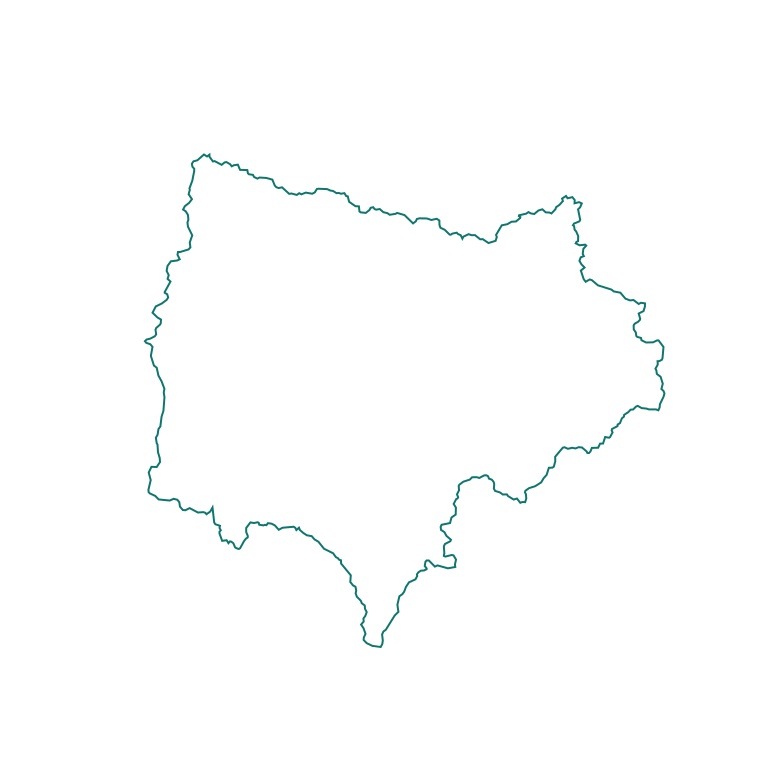 Khun Yuam, Mae Hong Son, Thailand (Mercator projection), rotated 113°
{"feature_id": "78962969B960185402947", "entity_name": "Khun Yuam", "entity_type": "district", "adm_level": 2, "iso_a3": "THA", "parent_name": "Thailand", "parent_adm1": "Mae Hong Son", "projection": "mercator", "projection_center": [97.886, 18.842], "detail": "fine", "context": "isolated", "style": "outline", "palette": "teal", "viewbox_px": 768, "rotation_deg": 113, "n_neighbors": 0, "source": "geoboundaries", "source_scale": "gbopen_adm2", "svg_char_len": 6166}
<svg xmlns="http://www.w3.org/2000/svg" viewBox="0 0 768 768"><g transform="rotate(113 384 384)"><path d="M627.4,284.3L623.8,284.0L620.5,284.9L615.3,287.9L612.0,287.8L609.6,286.3L592.9,283.7L588.1,281.7L582.0,285.4L573.4,286.9L570.1,284.9L567.3,284.3L562.2,284.5L556.8,283.5L551.5,278.7L547.8,278.4L546.4,279.3L543.9,278.8L541.3,277.0L540.1,274.4L537.9,272.4L537.1,272.7L535.6,275.4L531.3,276.4L529.8,275.8L528.9,273.8L532.2,265.8L530.1,263.9L528.7,253.2L524.6,246.9L522.3,248.2L517.5,249.1L514.6,253.0L514.9,254.8L518.9,260.1L518.9,261.7L516.1,262.4L510.0,265.5L507.5,265.4L502.8,261.5L501.2,261.5L499.4,267.2L496.8,270.4L496.0,274.5L493.4,276.0L491.1,276.0L486.2,268.9L480.5,269.7L476.2,267.0L469.7,269.5L467.2,273.0L461.9,272.6L460.6,271.6L459.2,271.5L457.1,273.7L452.5,273.4L448.7,275.4L447.2,275.3L442.9,272.8L438.5,267.7L435.4,266.4L433.6,262.4L433.2,259.5L428.9,256.0L428.0,254.0L428.3,252.1L430.1,250.4L429.9,247.5L431.2,244.9L433.1,243.4L437.4,242.0L439.0,239.9L438.5,235.1L439.3,231.4L437.6,227.8L438.7,226.0L439.7,219.5L437.5,216.9L440.1,212.1L438.6,210.6L437.6,207.9L433.8,208.3L430.0,210.3L428.7,211.9L426.9,212.1L423.1,209.7L419.0,204.9L413.2,200.9L408.2,200.2L404.1,198.8L396.7,199.5L395.2,196.3L393.8,195.4L388.3,196.1L384.1,198.0L372.7,194.5L371.7,193.1L371.8,189.4L369.2,185.9L368.5,182.6L366.1,180.1L365.1,177.0L366.9,171.1L368.0,169.9L367.4,168.3L365.5,167.6L361.6,167.7L359.0,162.0L354.5,161.8L353.2,159.1L346.4,159.7L345.5,155.8L344.7,155.2L339.2,154.7L337.8,156.3L336.3,156.5L331.5,152.6L330.0,153.1L327.9,151.5L322.7,151.6L320.3,150.4L318.5,150.9L314.6,148.2L311.3,147.0L310.1,144.7L306.3,143.2L305.0,141.9L305.5,137.4L304.0,132.5L303.9,130.2L301.1,123.7L301.0,121.2L297.9,121.1L294.8,122.1L286.5,121.7L283.0,122.2L281.2,124.0L280.2,126.7L274.8,127.5L269.3,132.2L268.1,136.8L264.9,138.7L263.9,140.1L259.1,139.6L256.1,141.1L255.4,139.5L253.1,137.7L251.5,137.7L240.7,141.2L236.6,148.3L237.2,149.7L240.5,152.6L243.4,159.0L243.1,164.1L241.2,165.4L241.7,169.3L241.1,170.6L238.2,172.3L236.2,175.4L232.5,177.1L230.6,176.8L227.4,174.4L225.0,173.5L223.8,173.7L219.6,177.1L215.5,173.6L210.6,174.1L207.8,175.3L208.9,179.3L210.8,180.8L209.2,187.2L210.9,190.1L211.1,195.1L207.6,202.1L209.0,208.7L208.2,211.5L209.6,225.6L207.2,233.2L207.4,235.5L211.1,238.3L209.4,241.2L202.7,247.1L198.4,244.9L196.7,249.0L194.3,252.2L190.5,252.4L188.2,250.0L186.6,251.9L181.7,253.3L177.6,251.9L177.1,253.2L179.9,258.2L179.6,262.5L177.9,262.3L176.7,261.2L172.0,263.0L168.5,266.7L167.4,268.9L164.4,270.7L164.0,272.1L162.1,271.8L158.0,267.7L156.3,267.5L147.4,273.6L144.7,272.5L140.5,272.5L140.4,275.5L143.2,279.2L140.2,280.3L138.4,283.6L141.3,287.6L139.8,289.9L143.7,292.5L145.7,290.8L150.6,292.5L153.9,294.6L156.2,294.5L161.6,296.5L161.5,298.6L162.8,302.2L161.3,306.5L164.0,309.7L168.8,312.1L169.6,315.5L169.3,318.2L171.7,319.7L175.9,325.6L176.7,325.5L177.0,323.7L177.9,323.5L182.8,326.0L184.8,330.0L188.7,332.9L191.9,337.6L203.0,339.1L204.6,337.6L208.6,337.2L213.4,342.9L212.1,349.7L213.2,352.0L211.4,358.4L212.8,361.5L213.0,364.6L217.3,368.5L219.6,368.6L217.0,371.6L217.1,374.4L216.3,376.2L218.9,379.9L220.5,380.9L220.8,382.0L218.3,388.4L218.1,393.1L215.9,395.1L211.9,396.9L211.3,400.0L214.5,404.5L214.9,409.3L217.7,416.2L219.3,418.2L221.8,418.3L224.8,420.0L220.5,431.1L221.4,438.8L222.8,439.8L226.0,444.9L225.4,447.6L226.1,451.7L224.6,456.3L226.5,459.2L226.7,460.9L225.5,463.0L227.0,465.1L229.6,465.4L233.6,467.6L235.1,472.5L234.8,474.0L230.3,476.5L231.5,479.8L229.9,487.3L225.4,490.7L225.8,492.2L223.8,495.0L225.7,498.0L225.8,500.4L226.9,502.2L226.2,506.4L226.9,509.0L226.8,512.4L229.9,520.7L230.8,522.0L234.7,522.6L236.9,524.4L238.4,530.8L241.7,534.2L241.5,536.6L244.0,538.1L244.8,543.6L246.0,545.6L242.8,554.7L244.8,557.6L244.9,560.1L243.9,562.2L239.5,566.6L240.3,572.8L242.6,579.3L244.4,580.8L244.2,584.5L242.7,586.3L243.7,590.3L243.2,591.6L240.5,593.4L243.1,600.2L239.2,604.2L241.2,607.6L243.1,609.2L241.8,611.6L241.3,615.8L242.3,617.3L245.7,619.1L245.0,626.9L246.0,628.4L243.0,633.4L241.1,634.3L243.7,635.8L243.1,639.4L251.0,643.2L253.5,646.4L256.4,646.9L258.9,645.2L260.0,642.8L262.2,641.9L271.7,639.9L280.0,639.5L281.1,638.6L285.6,638.0L288.9,633.0L293.5,634.2L298.2,636.8L301.9,637.1L302.5,634.0L304.9,630.6L309.1,628.3L312.2,628.0L315.8,625.9L322.1,618.6L329.6,618.1L333.9,615.6L336.5,616.5L342.1,623.2L343.0,625.2L345.7,624.6L349.0,620.8L351.1,622.6L354.3,628.1L359.9,629.4L364.8,628.3L367.9,624.7L371.8,624.3L373.1,620.6L385.1,621.8L385.7,621.5L386.1,618.6L388.7,616.5L391.4,616.9L396.6,619.9L401.8,624.4L408.8,624.9L411.3,618.5L411.8,614.5L415.1,613.3L416.7,613.3L421.5,615.6L423.4,615.5L427.3,613.1L429.6,613.6L433.7,617.0L435.8,619.9L438.0,620.8L439.0,618.9L438.7,614.6L440.3,611.6L449.2,609.6L456.9,603.0L457.8,599.6L464.3,595.0L468.6,589.6L474.3,584.2L477.7,583.5L482.0,580.9L495.1,576.5L500.9,576.0L510.4,573.3L513.7,574.0L519.1,572.6L522.6,573.0L527.3,570.1L528.3,568.8L535.1,565.4L539.8,561.5L543.4,559.7L549.2,560.8L551.1,565.7L557.4,566.0L563.6,561.2L573.5,559.5L575.5,558.4L576.2,556.8L576.4,550.8L578.3,546.3L575.0,535.7L571.9,532.8L571.3,529.1L572.7,526.3L576.6,523.9L578.6,519.9L577.8,517.5L574.2,514.4L575.0,505.1L572.5,500.1L572.4,498.1L573.2,496.5L569.3,494.1L564.7,493.6L577.8,486.2L579.0,484.4L578.6,479.6L580.7,479.2L582.4,477.1L584.3,477.7L585.8,477.1L591.6,471.7L589.3,467.8L591.3,465.0L589.1,464.3L588.8,463.1L589.4,460.5L592.6,457.2L592.8,454.4L592.5,453.1L591.4,452.3L583.6,451.5L580.3,450.7L578.5,449.5L577.1,450.0L574.1,453.0L570.4,454.6L563.6,452.9L562.8,449.4L560.6,446.2L560.7,445.1L562.3,443.8L561.2,439.6L560.2,438.7L559.9,437.1L557.4,436.4L556.5,432.9L556.8,429.2L559.3,423.9L556.0,421.3L550.7,411.4L551.0,409.5L552.7,407.6L549.5,406.1L551.3,404.3L552.7,399.9L553.4,395.9L552.3,391.1L554.2,387.3L554.8,382.8L559.1,374.8L559.7,364.7L562.2,360.5L562.3,358.6L563.3,356.5L563.1,354.7L566.0,353.4L573.1,339.8L579.4,337.7L581.5,333.8L581.8,331.0L585.1,328.8L587.8,328.3L590.4,325.9L592.6,320.6L594.5,318.8L595.4,315.2L598.3,313.7L600.7,310.8L604.9,310.6L607.9,311.3L610.6,309.9L614.4,311.1L616.8,307.4L621.2,303.4L625.5,303.5L627.6,302.7L629.3,298.7L629.6,292.3L627.4,284.3Z" fill="none" stroke="#0f766e" stroke-width="2"/></g></svg>